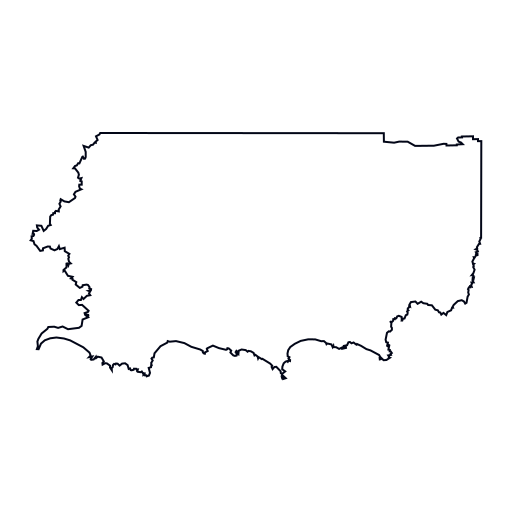 the district of Denmark, Western Australia, Australia
{"feature_id": "25037944B90574007914814", "entity_name": "Denmark", "entity_type": "district", "adm_level": 2, "iso_a3": "AUS", "parent_name": "Australia", "parent_adm1": "Western Australia", "projection": "equal_earth", "projection_center": [117.036, -34.911], "detail": "fine", "context": "isolated", "style": "outline", "palette": "ink", "viewbox_px": 512, "rotation_deg": 0, "n_neighbors": 0, "source": "geoboundaries", "source_scale": "gbopen_adm2", "svg_char_len": 5959}
<svg xmlns="http://www.w3.org/2000/svg" viewBox="0 0 512 512"><path d="M481.1,237.8L481.3,141.1L478.0,141.1L478.0,139.1L473.0,139.2L473.0,136.3L461.9,136.5L462.0,137.4L458.1,137.5L457.0,138.5L458.6,141.6L461.0,142.5L462.7,144.2L456.8,144.5L456.8,145.3L446.5,145.5L446.4,143.9L443.6,143.8L434.0,145.7L415.1,145.9L407.7,141.7L399.2,141.6L394.1,142.7L383.9,141.7L383.8,133.2L100.2,133.0L99.4,134.5L96.0,136.3L97.6,140.0L95.8,141.5L95.8,142.8L94.7,142.5L93.0,144.7L90.8,145.2L88.7,147.6L83.6,145.9L85.7,151.9L85.7,157.0L85.1,158.6L84.0,158.8L82.8,156.6L82.3,156.9L79.4,163.4L78.2,163.2L76.8,165.4L75.0,166.0L73.3,168.3L75.0,168.4L78.3,172.6L78.9,174.7L78.0,177.7L79.3,178.6L81.4,178.1L80.3,180.9L81.7,181.4L81.7,184.7L79.3,184.7L79.1,186.2L79.9,188.6L81.3,189.3L75.5,191.8L73.9,194.3L75.5,196.7L75.0,198.0L68.9,202.2L64.4,201.4L60.7,199.2L60.3,200.5L60.7,201.6L59.4,203.8L60.6,206.4L58.7,209.5L58.8,211.4L55.9,210.9L55.0,211.8L55.0,213.2L53.3,213.1L53.0,214.7L51.3,215.1L50.2,216.6L49.9,223.7L50.7,225.0L48.1,225.8L46.2,228.9L43.7,230.9L41.4,225.8L36.9,225.4L37.2,227.5L39.0,229.7L36.7,231.0L33.2,230.8L32.6,233.8L33.8,233.7L34.1,234.8L33.4,236.0L31.6,236.3L31.8,238.7L30.7,240.3L33.5,241.1L34.5,244.3L36.5,245.8L40.2,250.9L42.9,250.4L43.0,248.3L47.7,246.5L49.9,246.6L50.5,248.5L54.5,250.3L57.4,249.0L58.9,246.2L59.8,249.1L64.6,247.7L64.8,251.2L69.4,253.9L68.2,255.8L69.0,257.2L68.3,258.8L69.1,261.9L70.7,263.4L68.8,263.8L68.3,265.5L67.1,263.4L66.5,263.6L66.5,267.4L63.5,270.0L63.5,271.1L64.2,270.5L65.0,271.1L67.9,275.8L72.5,276.8L71.0,278.4L72.5,278.7L72.5,279.8L76.3,282.1L75.7,284.5L79.8,287.9L82.4,286.7L82.7,285.2L86.6,284.6L88.0,285.0L89.5,287.1L89.3,288.3L91.1,289.1L90.9,290.2L88.5,290.8L90.1,291.5L89.0,293.4L90.2,295.2L86.9,295.8L83.5,299.0L81.9,297.2L80.9,300.0L78.5,300.0L76.3,302.6L78.8,305.1L82.1,304.9L88.6,310.8L88.0,311.9L84.6,313.1L85.0,314.4L88.2,314.9L88.3,315.5L86.4,315.9L88.1,317.3L82.6,319.5L81.6,325.9L79.0,327.8L68.0,329.2L62.6,326.5L58.1,327.9L54.2,326.7L48.3,327.0L47.4,328.8L41.6,333.5L38.4,338.8L37.4,341.5L37.9,346.2L36.9,349.1L38.6,349.2L41.0,343.6L44.8,340.3L50.2,338.3L56.4,337.5L64.0,338.5L70.2,340.4L83.3,347.3L89.5,352.6L90.6,355.5L89.1,357.1L92.3,356.5L90.6,359.1L91.2,359.8L93.6,359.5L95.9,356.7L96.2,358.0L97.8,356.7L101.5,357.5L103.8,361.4L102.4,363.0L102.6,364.6L105.2,363.2L106.9,363.4L110.1,365.7L110.0,367.5L111.8,370.2L111.7,367.9L112.6,367.3L113.1,364.8L114.1,363.9L115.5,364.4L116.0,363.5L117.6,363.7L119.6,365.6L122.1,363.6L125.1,363.3L127.6,365.1L128.7,368.9L130.0,368.4L130.7,370.1L131.6,370.3L133.6,369.8L134.0,368.7L136.4,368.8L136.7,369.7L137.8,369.5L137.2,371.4L137.7,371.8L140.7,372.2L141.8,371.5L142.8,373.1L143.5,373.1L143.4,374.8L144.7,373.9L144.8,375.3L146.4,375.3L146.7,376.3L148.9,375.6L150.0,372.9L148.7,367.9L151.0,367.2L151.2,364.8L151.6,364.9L151.2,362.9L152.7,360.5L151.5,358.6L152.2,357.7L153.8,357.4L154.5,353.3L160.5,346.2L167.3,342.6L167.7,341.1L169.7,341.7L176.0,341.1L184.4,343.1L191.3,346.8L200.2,349.5L202.8,351.0L202.9,352.5L204.3,353.7L204.9,353.7L204.8,352.5L207.7,351.0L206.8,348.8L207.2,348.3L212.9,345.6L218.9,348.1L226.0,349.8L227.1,349.3L227.4,348.2L228.7,348.4L231.2,350.6L230.4,352.5L233.3,355.4L234.9,355.9L236.5,355.6L236.7,354.2L237.3,354.3L236.3,353.1L236.7,352.6L235.7,352.0L236.4,350.9L238.5,352.9L238.7,350.7L241.6,349.5L245.7,350.1L247.6,351.7L248.5,350.9L250.9,351.3L253.6,352.9L254.5,355.4L255.4,354.8L257.6,356.5L258.1,358.4L258.7,357.2L261.8,359.1L262.4,358.8L270.2,363.6L272.2,365.7L271.6,366.9L272.6,369.1L274.4,367.0L276.3,366.8L280.6,371.2L280.8,373.1L281.9,374.0L285.2,371.4L282.2,369.2L282.4,366.6L283.7,363.3L285.6,361.6L287.1,361.1L287.8,361.8L288.6,360.5L290.0,361.0L290.1,360.0L288.5,358.6L289.4,357.2L287.7,356.3L287.5,353.5L288.2,350.2L290.3,347.0L294.8,343.8L300.7,340.9L308.3,339.3L315.2,339.4L321.2,341.2L323.9,341.1L326.0,342.9L326.5,344.2L327.3,343.5L331.4,344.4L332.7,347.2L333.4,345.9L333.6,347.1L336.1,347.2L339.1,348.9L343.8,346.7L343.8,345.9L347.1,345.2L348.4,342.3L349.9,342.0L351.5,343.3L353.6,342.5L355.8,344.3L356.6,344.7L357.0,344.0L361.0,345.8L366.4,349.1L370.5,350.4L379.1,355.0L380.2,356.9L379.6,357.6L379.8,359.4L380.7,359.2L381.0,357.7L383.6,360.2L386.4,360.0L389.8,357.8L388.9,357.5L389.2,356.9L388.2,355.4L391.0,354.9L390.6,353.9L391.8,353.0L390.6,351.3L389.7,351.3L389.8,349.9L388.4,349.6L389.3,345.3L388.7,344.9L388.1,346.5L387.1,345.8L387.9,342.6L386.2,342.2L385.6,339.6L387.0,332.8L388.8,331.3L390.0,331.6L391.9,329.8L391.9,327.9L391.1,326.7L391.4,322.6L390.7,322.2L390.2,321.1L391.5,322.4L393.1,320.8L393.3,319.1L394.8,319.2L394.9,318.2L396.3,318.3L397.2,316.4L398.8,315.8L401.6,316.9L401.9,319.2L400.9,319.7L402.0,319.4L401.7,320.5L402.3,320.5L402.9,318.7L404.5,318.5L405.8,315.2L407.3,314.6L407.7,312.8L407.1,311.4L408.4,310.4L407.7,309.7L407.8,308.4L409.0,307.4L409.2,305.9L410.0,306.4L409.6,304.4L410.9,302.1L415.4,301.5L417.6,303.8L421.2,301.7L423.3,303.2L427.3,303.8L428.1,305.0L431.9,305.3L435.3,309.7L437.8,310.3L439.0,312.3L440.3,312.5L441.3,314.6L443.5,312.9L446.2,315.1L447.4,312.0L451.1,310.3L452.0,307.8L453.0,307.7L452.6,306.9L453.7,304.9L457.8,301.1L461.7,300.2L464.0,301.5L465.2,303.6L466.5,302.8L467.6,296.7L468.9,294.5L468.2,292.5L468.6,290.0L468.0,289.2L468.9,287.3L470.2,287.3L470.1,286.3L471.7,286.7L471.2,285.0L472.0,283.7L471.5,282.5L473.6,282.4L472.5,280.3L472.7,278.2L473.6,279.0L474.0,277.3L473.0,277.2L473.5,275.8L472.9,274.8L471.9,275.0L473.4,273.1L474.6,269.7L473.2,267.0L473.8,266.1L473.2,264.6L474.1,263.8L472.9,263.4L472.4,261.5L474.1,258.3L473.8,257.3L474.7,257.5L475.9,255.5L477.5,255.1L477.5,254.0L476.1,253.8L476.5,252.8L476.0,252.2L477.9,251.5L477.2,249.9L475.7,249.3L477.2,248.5L476.9,247.2L478.9,244.0L480.1,243.8L479.3,241.5L480.5,239.1L480.4,237.9L481.1,237.8ZM285.7,378.2L282.2,375.0L281.8,375.8L282.7,376.0L281.9,377.5L282.2,378.3L283.1,377.8L283.2,379.0L285.7,378.2ZM345.9,347.2L342.8,347.7L342.5,348.7L346.0,347.9L345.9,347.2Z" fill="none" stroke="#020617" stroke-width="2"/></svg>